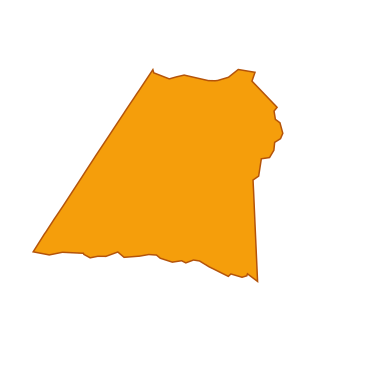 the district of Chesterfield, South Carolina, United States of America, rotated 302°
{"feature_id": "52423323B78786867018867", "entity_name": "Chesterfield", "entity_type": "district", "adm_level": 2, "iso_a3": "USA", "parent_name": "United States of America", "parent_adm1": "South Carolina", "projection": "equal_earth", "projection_center": [-80.194, 34.592], "detail": "fine", "context": "isolated", "style": "filled", "palette": "amber", "viewbox_px": 384, "rotation_deg": 302, "n_neighbors": 0, "source": "geoboundaries", "source_scale": "gbopen_adm2", "svg_char_len": 1088}
<svg xmlns="http://www.w3.org/2000/svg" viewBox="0 0 384 384"><g transform="rotate(302 192 192)"><path d="M308.9,219.3L317.8,184.1L326.9,182.0L320.4,166.3L308.6,162.1L300.2,154.7L298.6,152.7L295.1,146.8L287.0,123.4L281.3,117.7L275.9,112.8L272.8,96.4L275.0,94.0L250.0,93.3L245.7,93.1L240.8,93.0L235.5,92.8L225.2,92.5L223.7,92.5L216.5,92.3L216.2,92.3L205.1,92.0L195.5,91.8L171.3,91.1L169.8,91.1L152.7,90.8L145.5,90.7L139.9,90.6L129.9,90.4L112.8,90.1L106.9,89.9L106.4,89.9L106.0,89.9L103.8,89.8L100.7,89.7L96.0,89.5L95.0,89.5L83.4,89.3L81.2,89.3L78.4,89.1L57.1,89.0L63.0,104.3L72.2,114.0L82.5,132.4L81.8,133.3L82.2,140.5L87.5,146.1L91.8,153.1L101.8,160.9L100.6,169.0L109.8,181.5L116.1,188.5L119.7,195.3L119.0,200.2L122.1,212.5L128.2,219.6L128.6,224.3L135.1,229.3L137.5,234.9L137.6,246.1L139.7,267.5L143.1,268.4L146.2,279.6L150.0,282.9L152.0,282.4L150.9,295.0L197.2,263.1L224.0,244.7L234.5,237.4L240.8,240.1L256.9,233.2L262.3,239.5L270.8,239.3L277.9,235.8L284.1,238.8L289.9,237.9L297.3,229.9L297.8,224.2L304.1,218.7L308.9,219.3Z" fill="#f59e0b" stroke="#b45309" stroke-width="1.5"/></g></svg>